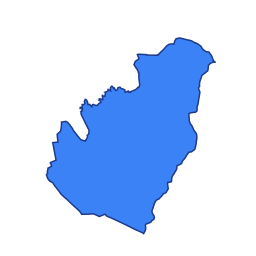 Senjeh, Bomi, Liberia, rotated 193°
{"feature_id": "62588387B88523823709040", "entity_name": "Senjeh", "entity_type": "district", "adm_level": 2, "iso_a3": "LBR", "parent_name": "Liberia", "parent_adm1": "Bomi", "projection": "robinson", "projection_center": [-10.869, 6.837], "detail": "fine", "context": "isolated", "style": "filled", "palette": "blue", "viewbox_px": 256, "rotation_deg": 193, "n_neighbors": 0, "source": "geoboundaries", "source_scale": "gbopen_adm2", "svg_char_len": 4232}
<svg xmlns="http://www.w3.org/2000/svg" viewBox="0 0 256 256"><g transform="rotate(193 128 128)"><path d="M195.0,60.9L194.9,60.8L193.4,59.4L192.5,59.2L192.3,58.6L189.0,57.8L187.5,56.2L187.2,56.0L186.1,54.8L185.7,54.7L180.2,50.2L179.5,49.5L178.1,48.3L172.4,45.1L172.2,45.2L167.2,42.1L157.5,36.6L156.7,36.2L153.7,33.5L153.4,33.6L146.4,35.4L142.5,36.5L142.1,36.6L139.1,36.0L136.0,35.3L131.1,38.8L128.9,37.4L128.6,37.3L123.2,36.4L115.8,34.8L115.7,34.8L109.0,33.3L108.5,33.2L96.8,30.4L90.1,29.2L89.3,28.7L89.0,28.6L88.1,31.8L88.1,33.8L88.6,35.8L89.3,37.1L89.0,38.3L87.2,39.5L84.7,41.2L84.6,41.3L84.4,41.9L84.1,42.9L82.4,44.6L82.1,46.5L82.3,47.0L82.6,47.7L82.9,48.3L84.7,49.9L86.0,52.3L85.2,61.0L84.4,63.5L84.3,64.0L81.9,65.8L81.0,67.3L80.6,68.0L80.3,68.4L78.7,71.8L76.5,73.5L75.1,77.8L75.3,78.3L76.6,81.6L77.2,83.9L77.0,84.0L76.7,83.9L75.3,84.5L73.6,85.4L73.8,87.1L74.2,89.4L73.6,92.0L72.5,94.7L72.4,95.6L71.8,97.2L71.3,98.9L71.5,100.4L71.7,102.3L69.3,104.0L67.8,105.4L67.5,108.1L67.3,108.5L67.2,108.6L65.7,111.4L64.3,115.6L63.2,118.1L60.7,119.1L58.1,122.3L58.1,123.4L58.0,126.2L58.2,128.9L58.5,131.7L58.6,133.5L59.4,136.4L59.5,136.8L60.9,138.7L63.3,140.7L66.1,144.4L66.9,145.0L68.4,146.4L69.5,148.1L70.0,148.8L70.3,150.5L71.0,152.3L71.9,155.7L71.3,156.2L70.4,156.9L67.7,157.9L67.4,158.0L65.7,158.6L64.6,160.2L64.7,160.7L65.5,164.6L65.2,166.2L65.2,166.4L65.6,172.8L65.7,174.7L65.7,174.8L65.7,175.0L65.8,176.6L66.0,179.2L66.8,180.3L67.7,181.5L68.1,182.7L68.3,183.1L67.6,184.8L68.0,186.0L68.1,186.5L68.4,187.6L68.4,190.2L68.0,193.6L67.8,195.8L66.9,197.0L64.4,200.1L63.2,201.6L63.2,202.4L63.2,203.5L63.5,205.3L63.7,207.6L61.9,209.8L59.8,211.3L58.0,211.7L58.1,211.9L58.8,212.4L59.6,212.3L60.3,213.5L62.4,216.5L63.1,217.5L66.3,220.2L66.9,220.1L69.5,220.0L70.7,220.6L72.9,221.6L75.6,224.2L79.7,225.9L82.4,226.3L82.3,226.0L85.2,227.1L87.8,227.4L88.0,227.2L97.8,227.4L100.0,226.4L101.2,225.8L101.8,223.9L102.3,219.9L104.3,219.8L107.1,218.6L109.0,216.4L110.9,212.8L111.2,212.3L112.1,210.6L112.4,210.6L115.2,205.9L115.4,205.9L115.3,205.7L116.6,205.3L120.5,204.5L126.0,203.3L126.2,203.7L134.2,202.3L134.9,201.9L135.4,201.7L132.9,198.0L134.2,196.4L135.9,194.5L136.4,191.0L133.1,187.9L132.1,186.9L131.9,186.7L130.0,184.4L130.3,184.3L129.5,183.2L128.8,179.5L128.5,178.7L127.3,175.4L126.2,172.7L126.7,169.7L127.5,169.8L128.8,167.6L130.8,165.9L134.2,163.5L134.0,163.2L135.0,163.2L135.5,163.7L135.9,164.1L136.4,163.8L136.3,163.5L136.8,163.7L137.7,162.7L138.9,162.2L139.3,163.3L139.7,164.5L142.0,164.9L143.8,165.0L144.8,165.9L145.8,165.7L147.0,164.7L147.0,163.3L147.7,162.1L148.6,161.8L149.2,162.5L150.2,163.9L150.9,163.4L152.6,165.1L153.5,165.0L154.2,162.9L153.3,160.3L155.0,160.7L156.0,161.1L156.1,159.5L157.2,158.4L158.5,157.7L157.9,157.3L157.8,155.3L157.7,153.7L158.0,153.7L158.7,153.5L160.3,154.0L160.3,153.7L159.5,151.8L159.0,150.0L161.1,150.2L162.4,149.9L161.8,149.1L162.6,148.6L160.4,147.8L160.3,146.8L161.9,145.3L163.1,143.0L165.7,142.8L167.1,143.2L167.9,142.7L168.2,141.7L168.1,140.7L169.3,141.3L170.7,142.4L172.2,141.8L173.2,144.1L174.6,145.9L176.1,146.3L176.5,144.2L175.5,142.2L176.4,140.9L178.0,140.5L177.4,139.2L177.3,138.0L179.1,137.4L179.1,136.3L176.9,136.5L176.4,135.9L176.7,135.2L177.4,133.8L176.8,133.9L177.3,132.3L177.2,132.0L176.6,130.6L172.1,125.1L170.6,123.2L165.3,116.8L165.3,116.0L165.2,115.2L165.0,114.8L165.0,114.3L165.0,113.4L165.0,113.0L165.1,112.8L165.3,112.6L165.6,112.3L165.7,112.2L166.0,111.9L166.1,111.7L166.1,111.4L166.0,111.2L165.9,111.0L165.6,110.7L165.5,110.2L165.5,109.9L165.5,109.6L165.5,109.4L165.6,109.0L165.8,108.6L166.1,107.7L166.3,107.0L166.3,106.7L166.4,106.2L166.4,105.9L166.5,105.7L169.7,105.8L171.7,106.2L175.3,109.0L177.7,111.0L180.8,113.4L180.9,113.5L181.9,114.9L185.7,118.2L188.4,120.1L190.4,120.4L193.4,119.0L194.1,118.9L193.6,116.2L193.3,114.4L193.1,112.8L193.0,110.5L193.0,109.9L193.1,109.6L195.3,106.4L195.6,106.0L195.4,105.2L194.6,102.8L193.1,98.5L196.1,97.5L198.0,96.8L197.7,96.1L195.6,91.2L194.3,88.2L192.9,85.1L192.2,83.6L191.0,80.7L190.9,80.5L193.8,78.3L194.9,77.5L195.8,76.9L195.3,76.0L195.4,75.7L194.9,75.4L193.8,73.6L194.7,72.8L197.0,70.8L196.7,70.2L196.8,69.2L196.8,67.1L196.1,66.1L196.3,65.6L197.0,64.1L195.9,62.3L195.0,60.9Z" fill="#3b82f6" stroke="#1e3a8a" stroke-width="1.5"/></g></svg>